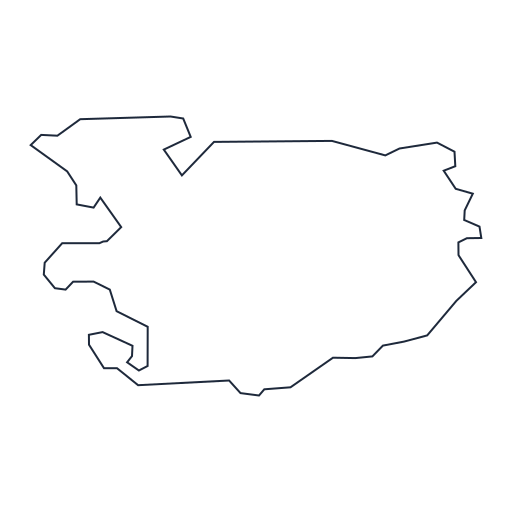 outline of Jumgal, Naryn, Kyrgyzstan
{"feature_id": "92254566B27312472706206", "entity_name": "Jumgal", "entity_type": "district", "adm_level": 2, "iso_a3": "KGZ", "parent_name": "Kyrgyzstan", "parent_adm1": "Naryn", "projection": "robinson", "projection_center": [74.373, 41.867], "detail": "fine", "context": "isolated", "style": "outline", "palette": "slate", "viewbox_px": 512, "rotation_deg": 0, "n_neighbors": 0, "source": "geoboundaries", "source_scale": "gbopen_adm2", "svg_char_len": 972}
<svg xmlns="http://www.w3.org/2000/svg" viewBox="0 0 512 512"><path d="M62.2,243.2L44.7,262.7L43.8,274.6L54.9,288.2L65.6,289.6L73.1,281.7L93.6,281.6L109.8,289.6L116.6,311.2L147.7,326.8L147.6,366.0L138.9,370.5L127.1,362.3L132.0,356.1L132.5,345.8L102.6,332.1L88.9,334.8L89.0,344.7L104.0,368.2L117.0,368.2L138.1,385.2L229.1,380.5L240.5,393.1L259.0,395.5L264.3,389.3L290.5,387.3L333.0,357.7L355.3,358.1L372.4,356.4L382.9,345.6L404.0,341.6L427.2,335.4L456.4,300.8L476.0,282.2L459.1,256.1L458.5,255.0L458.4,243.9L458.4,242.4L466.9,238.2L481.3,238.0L479.5,226.6L464.2,220.0L464.7,210.4L472.8,193.7L455.7,188.8L443.7,170.7L455.3,166.2L454.5,151.7L437.0,142.6L399.5,148.5L385.3,155.4L331.9,140.9L214.0,141.9L181.9,175.4L163.8,149.6L190.7,136.9L183.2,118.5L170.5,116.5L80.2,119.2L57.4,135.7L41.2,134.9L30.7,145.1L67.2,171.4L76.3,185.4L76.7,204.4L93.6,207.6L100.3,197.6L121.2,227.1L106.9,241.2L103.2,241.5L99.4,243.2L62.2,243.2Z" fill="none" stroke="#1e293b" stroke-width="2"/></svg>